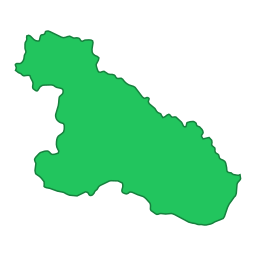 map outline of Karnali (Natural Earth projection)
{"feature_id": "NPL-1126", "entity_name": "Karnali", "entity_type": "Administrative Zone", "adm_level": 1, "iso_a3": "NPL", "parent_name": "Nepal", "parent_adm1": "", "projection": "natural_earth1", "projection_center": [82.262, 29.569], "detail": "fine", "context": "isolated", "style": "filled", "palette": "green", "viewbox_px": 256, "rotation_deg": 0, "n_neighbors": 0, "source": "natural_earth", "source_scale": "10m", "svg_char_len": 4292}
<svg xmlns="http://www.w3.org/2000/svg" viewBox="0 0 256 256"><path d="M48.1,31.0L50.1,31.7L61.5,37.2L63.5,37.7L65.6,37.3L67.6,36.6L69.7,36.2L73.7,38.1L76.9,37.8L78.8,38.2L79.6,38.8L80.7,40.5L81.4,41.1L82.3,41.3L83.2,40.9L84.1,40.5L85.0,40.1L88.9,39.9L91.1,40.1L92.6,40.9L93.0,42.7L92.0,49.2L92.2,52.3L93.3,54.2L95.0,55.5L97.4,56.5L98.9,57.9L98.4,60.1L96.2,64.4L96.3,66.0L97.0,68.4L97.8,70.7L98.7,72.0L100.6,72.3L102.3,71.6L104.0,71.3L108.3,74.1L110.2,74.4L112.1,74.4L114.2,75.0L115.0,75.7L116.1,77.6L116.9,78.3L118.4,78.5L119.9,78.3L121.3,78.3L122.7,79.3L124.0,81.0L125.5,82.6L127.2,83.9L128.9,84.9L133.5,86.4L135.1,87.4L142.4,97.0L144.0,98.2L145.0,98.2L146.9,97.5L147.9,97.6L149.0,98.4L149.0,99.3L148.6,100.4L148.3,101.8L149.2,103.7L154.9,108.5L156.6,111.3L157.7,112.4L158.8,113.0L159.9,113.4L160.9,114.1L161.5,115.5L162.9,117.6L164.9,116.8L167.0,115.1L168.8,114.3L169.7,114.7L171.1,116.4L171.9,117.1L172.8,117.2L174.9,116.9L176.0,117.1L181.4,122.1L182.1,123.2L183.4,126.0L184.4,126.8L185.8,126.7L186.3,125.5L186.6,123.9L187.0,122.7L187.7,122.4L190.2,121.7L192.4,121.5L193.5,121.5L194.6,122.0L195.9,123.0L196.2,123.6L196.6,125.1L196.8,125.6L197.5,126.1L199.1,126.7L199.8,127.1L202.0,129.5L202.8,131.0L203.1,132.7L202.7,133.7L202.2,134.3L201.7,135.1L201.5,136.4L203.1,138.9L209.1,137.5L211.7,140.3L212.0,142.4L211.7,144.1L211.9,145.5L214.8,148.0L215.0,149.3L214.9,150.7L215.3,152.3L216.4,153.4L217.6,154.0L218.6,154.9L219.5,158.1L220.5,159.1L223.1,160.2L224.8,161.4L225.7,163.2L226.6,167.5L226.8,169.9L227.0,171.1L227.7,172.0L228.8,172.5L231.2,172.9L232.2,173.8L233.3,174.5L237.2,175.2L238.6,175.3L240.0,174.7L240.6,178.6L240.3,179.5L239.4,180.7L238.4,181.7L237.5,183.0L237.0,184.4L236.3,193.2L235.8,194.9L235.3,196.0L234.4,196.8L229.2,204.0L227.6,207.2L224.4,216.6L223.1,218.5L214.7,221.9L212.6,223.2L210.6,224.0L206.1,225.0L204.3,225.0L201.3,224.5L199.1,224.6L197.6,224.4L195.1,223.5L192.4,223.1L188.7,222.1L174.7,214.6L172.7,213.8L171.3,213.5L165.6,214.0L160.8,213.5L159.5,213.7L158.6,214.1L156.9,214.4L155.6,213.8L151.1,210.6L150.5,209.6L150.4,208.5L150.5,206.9L150.5,205.2L150.2,203.7L149.7,202.8L146.0,198.7L144.4,197.3L143.1,196.5L137.7,194.7L132.0,192.2L129.9,192.0L128.9,192.6L128.6,193.0L127.7,193.5L126.6,193.9L125.8,193.8L125.0,193.6L123.1,192.8L122.5,192.3L122.1,191.7L121.9,191.0L121.9,190.3L122.1,189.1L122.4,188.4L122.6,187.5L122.8,186.4L122.8,185.3L122.7,184.3L122.3,183.0L118.0,180.9L110.9,180.7L109.4,181.0L100.1,185.5L99.2,186.2L98.5,186.9L97.4,188.9L96.8,189.7L95.8,190.4L95.1,191.1L94.5,192.0L94.0,193.2L92.5,194.9L91.4,195.4L90.2,195.5L89.3,195.0L88.8,194.2L88.2,193.0L88.1,192.9L87.8,192.8L87.5,192.4L85.6,191.8L77.1,195.9L69.6,195.2L67.7,194.5L65.6,193.5L64.2,192.6L62.5,192.1L57.4,191.1L49.7,188.3L46.4,187.7L44.7,187.0L44.1,186.5L44.1,185.7L44.2,184.6L44.1,181.7L41.7,178.6L40.4,177.2L39.2,176.2L36.4,174.3L35.7,173.7L35.3,172.2L35.0,170.4L35.9,163.4L35.1,161.6L34.7,160.4L34.6,159.3L35.1,158.2L36.0,156.9L38.9,153.8L40.3,152.6L44.2,151.3L45.5,151.1L47.4,151.0L48.1,151.2L48.8,151.6L51.1,153.9L52.1,154.4L53.3,154.4L54.9,154.2L58.2,153.1L58.8,151.1L57.8,149.2L56.8,147.0L56.4,144.4L56.5,141.7L56.8,139.5L57.4,137.6L58.4,136.1L62.1,133.4L63.6,131.9L64.2,129.5L64.3,127.7L64.2,125.2L63.8,124.2L63.3,123.5L61.5,122.9L61.0,122.8L59.5,122.1L58.3,121.2L57.2,120.1L56.3,118.7L55.7,116.7L55.6,115.4L55.7,114.4L58.3,105.6L58.7,102.7L59.0,99.0L59.2,97.6L59.5,96.7L60.1,96.1L61.3,95.0L62.0,94.4L62.6,93.6L63.0,92.7L63.1,91.8L63.1,90.5L62.7,89.4L61.7,88.6L60.5,88.2L56.8,87.4L55.3,86.7L54.0,85.7L52.9,85.2L51.2,84.9L44.2,85.1L43.1,85.2L42.1,85.5L40.1,86.8L37.7,90.5L37.1,90.9L36.7,90.9L35.9,90.7L35.1,90.2L33.1,88.7L32.7,87.7L32.6,86.8L32.9,84.6L33.0,83.3L32.8,82.2L32.4,81.2L32.0,80.4L31.6,79.7L30.6,77.7L30.0,75.8L29.7,75.6L29.2,75.4L27.1,75.4L24.0,75.8L23.2,75.6L22.4,75.1L21.3,74.0L20.4,73.4L18.4,72.6L16.4,71.0L15.5,70.4L15.9,69.5L16.3,67.8L16.1,67.0L15.4,65.2L15.4,64.4L16.4,63.6L17.9,63.5L19.4,63.6L20.6,63.4L22.1,62.2L23.2,60.7L23.9,58.8L24.4,55.2L25.5,53.1L25.9,52.1L25.8,51.1L25.2,49.2L25.0,48.2L25.0,44.2L25.3,42.4L26.3,40.8L26.8,39.2L26.6,37.4L26.8,35.9L28.7,35.3L30.4,36.1L33.9,39.6L35.8,40.7L38.2,41.1L39.3,40.7L40.4,36.3L40.8,35.4L41.5,34.9L43.3,34.6L44.6,34.0L45.1,33.0L45.3,32.0L46.0,31.3L48.1,31.0Z" fill="#22c55e" stroke="#15803d" stroke-width="1.5"/></svg>